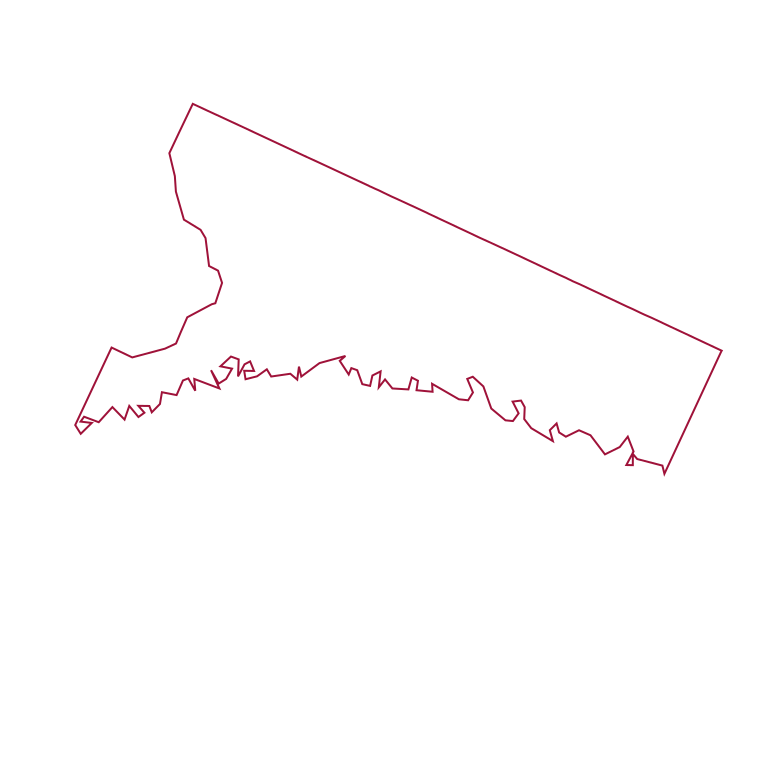 Caddo, Louisiana, United States of America (Robinson projection), rotated 115°
{"feature_id": "52423323B55471057171446", "entity_name": "Caddo", "entity_type": "district", "adm_level": 2, "iso_a3": "USA", "parent_name": "United States of America", "parent_adm1": "Louisiana", "projection": "robinson", "projection_center": [-93.824, 32.607], "detail": "fine", "context": "isolated", "style": "outline", "palette": "rose", "viewbox_px": 768, "rotation_deg": 115, "n_neighbors": 0, "source": "geoboundaries", "source_scale": "gbopen_adm2", "svg_char_len": 2091}
<svg xmlns="http://www.w3.org/2000/svg" viewBox="0 0 768 768"><g transform="rotate(115 384 384)"><path d="M211.0,190.0L211.0,190.4L211.1,196.8L210.9,249.3L211.1,256.7L211.0,257.9L211.0,261.3L210.9,263.9L211.0,270.2L210.8,323.3L210.9,350.2L211.0,358.5L211.0,360.7L210.9,373.7L210.9,376.3L210.9,382.1L210.8,414.6L210.7,418.0L210.8,448.5L210.8,450.5L210.9,456.5L210.8,465.3L210.7,469.7L210.7,471.3L210.8,474.2L210.8,475.8L210.8,479.4L210.9,480.5L210.8,481.2L210.8,502.8L210.8,505.9L210.8,530.6L210.8,531.2L210.8,536.6L210.9,550.0L210.9,556.9L210.8,623.5L210.9,660.0L210.9,675.7L242.3,676.0L265.5,676.1L284.0,661.4L297.6,653.9L319.6,634.8L321.8,615.4L327.2,607.4L351.0,592.4L351.4,582.3L360.8,573.5L382.1,571.0L384.5,573.8L406.7,590.5L423.1,590.1L435.2,589.6L444.5,597.4L466.3,623.4L466.1,646.3L551.7,646.5L557.3,637.8L542.8,632.4L546.3,643.1L540.4,642.0L539.2,626.4L519.7,620.4L525.9,604.1L511.5,605.6L517.7,592.6L511.3,589.0L507.6,597.4L503.1,587.4L507.8,582.5L496.8,578.6L485.3,581.8L481.7,567.3L465.8,567.7L461.6,563.7L469.9,552.2L459.6,558.1L457.6,531.3L444.6,546.6L453.5,534.0L446.1,529.2L434.3,528.2L437.1,539.7L423.8,534.3L423.1,526.1L438.8,519.5L425.1,518.7L420.1,514.9L427.1,507.3L431.1,516.3L438.2,511.5L430.7,502.3L420.2,496.4L424.9,489.4L414.3,473.2L416.7,464.5L404.2,468.4L412.2,462.1L392.3,451.3L374.9,430.8L381.7,433.9L390.3,420.0L383.4,420.3L382.8,414.1L393.3,403.6L391.6,395.8L381.2,398.1L374.0,392.4L389.2,387.3L379.4,385.0L384.5,374.5L378.6,359.6L366.4,361.6L366.7,354.6L375.9,351.9L370.5,336.7L363.5,340.5L366.2,309.7L363.2,300.9L354.1,299.8L344.2,310.7L339.9,306.6L344.2,292.9L360.9,276.4L365.6,258.6L363.1,251.5L353.7,249.6L345.6,260.0L341.1,252.8L345.5,246.7L356.5,242.1L361.8,231.9L364.4,206.8L355.8,214.2L346.8,210.9L353.9,204.8L354.9,196.9L343.5,187.7L343.2,175.2L354.4,154.0L341.5,143.7L328.7,140.8L339.7,129.3L355.0,130.1L352.4,124.2L342.2,128.9L345.0,122.8L340.3,97.2L346.9,91.9L222.1,92.1L220.0,92.1L215.3,92.1L212.0,92.1L211.1,92.0L211.0,137.2L211.0,149.7L210.9,169.5L211.1,177.4L211.1,181.7L211.0,190.0Z" fill="none" stroke="#9f1239" stroke-width="2"/></g></svg>